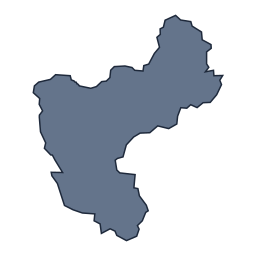 Morgan, Utah, United States of America
{"feature_id": "52423323B27267193198482", "entity_name": "Morgan", "entity_type": "district", "adm_level": 2, "iso_a3": "USA", "parent_name": "United States of America", "parent_adm1": "Utah", "projection": "equal_earth", "projection_center": [-111.563, 41.077], "detail": "fine", "context": "isolated", "style": "filled", "palette": "slate", "viewbox_px": 256, "rotation_deg": 0, "n_neighbors": 0, "source": "geoboundaries", "source_scale": "gbopen_adm2", "svg_char_len": 1411}
<svg xmlns="http://www.w3.org/2000/svg" viewBox="0 0 256 256"><path d="M210.2,102.4L216.7,94.7L221.5,84.6L219.8,80.2L222.7,75.5L213.9,75.7L213.5,70.3L205.4,71.8L208.8,67.3L206.6,63.9L206.6,51.9L211.2,48.3L211.0,44.6L202.2,39.8L201.5,32.0L192.1,26.1L190.8,21.6L180.6,20.0L175.6,15.4L165.1,20.2L163.4,27.2L160.1,28.9L160.3,34.4L156.9,37.3L159.5,47.3L154.4,53.4L148.7,64.1L143.8,65.6L143.0,71.0L134.7,70.3L132.0,67.5L125.0,66.0L114.3,66.6L110.7,70.2L109.9,77.6L106.3,81.1L101.7,81.6L96.4,86.6L90.8,88.3L79.3,85.9L79.1,85.4L78.7,85.2L78.2,84.4L77.2,83.7L76.8,83.7L76.3,82.3L75.7,82.3L75.0,82.1L74.8,81.7L73.7,80.7L72.9,80.6L72.2,80.2L71.3,79.9L70.2,75.7L55.6,74.7L50.4,79.4L38.7,82.1L34.4,85.9L33.3,92.7L39.7,98.5L39.2,104.3L42.6,110.9L39.4,115.1L39.3,117.1L40.5,131.8L45.7,142.9L44.4,148.3L50.7,154.9L52.4,155.1L54.9,159.9L62.6,172.5L51.2,172.3L51.9,175.8L57.4,183.5L64.5,205.5L73.1,209.8L82.4,213.0L94.8,213.9L94.1,220.8L100.1,223.9L101.4,233.4L110.1,228.8L115.0,231.1L116.8,235.4L126.5,240.6L136.7,236.2L139.1,229.1L137.4,225.6L142.3,220.8L145.7,212.4L148.2,210.8L146.3,205.2L139.4,195.9L137.9,188.6L133.9,187.8L135.1,174.6L119.8,172.9L116.8,170.0L115.2,160.2L117.5,158.4L123.0,156.9L126.3,144.9L133.6,137.0L140.1,133.1L149.8,132.7L157.7,125.9L168.7,128.6L176.8,124.0L177.6,116.2L180.8,107.7L186.8,108.2L190.7,104.7L197.1,107.6L203.1,102.7L210.2,102.4Z" fill="#64748b" stroke="#1e293b" stroke-width="1.5"/></svg>